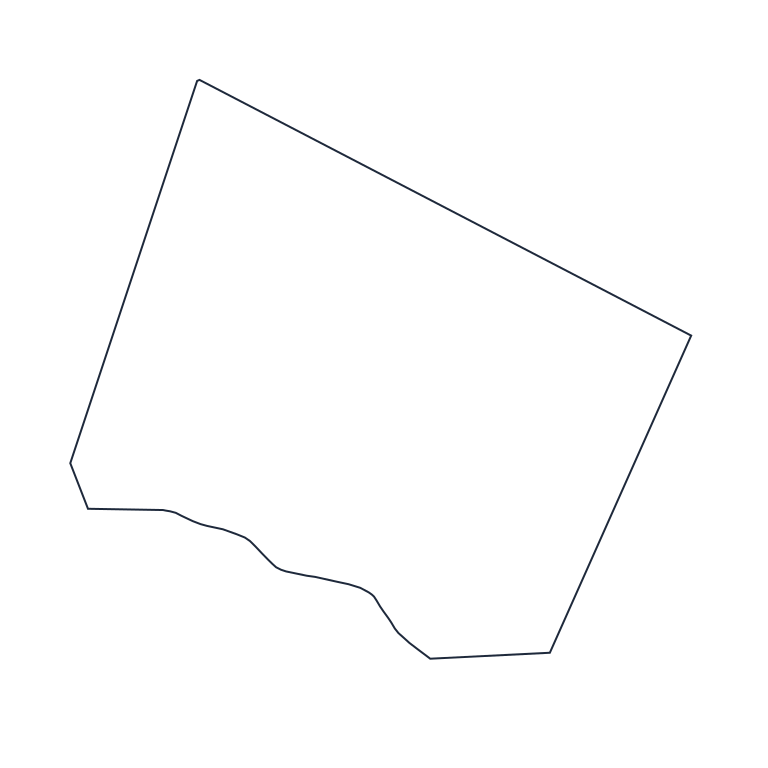 outline of Fond Capeche, Vieux Fort, Saint Lucia, rotated 12°
{"feature_id": "8701671B47563764529661", "entity_name": "Fond Capeche", "entity_type": "district", "adm_level": 2, "iso_a3": "LCA", "parent_name": "Saint Lucia", "parent_adm1": "Vieux Fort", "projection": "robinson", "projection_center": [-60.949, 13.775], "detail": "fine", "context": "isolated", "style": "outline", "palette": "slate", "viewbox_px": 768, "rotation_deg": 12, "n_neighbors": 0, "source": "geoboundaries", "source_scale": "gbopen_adm2", "svg_char_len": 752}
<svg xmlns="http://www.w3.org/2000/svg" viewBox="0 0 768 768"><g transform="rotate(12 384 384)"><path d="M140.3,124.9L139.2,125.7L138.2,126.4L93.6,526.7L120.4,567.6L194.2,553.2L196.8,553.2L201.3,553.0L207.1,553.3L213.2,555.0L219.1,556.4L225.5,557.9L233.7,559.2L240.5,559.6L247.2,559.6L256.6,559.6L271.3,561.6L279.8,563.1L285.6,565.5L292.1,569.7L299.9,575.1L307.1,579.9L312.3,583.2L316.6,585.7L321.9,587.1L327.2,587.7L348.3,587.6L356.7,587.0L379.1,587.2L391.0,587.2L403.1,588.3L412.4,591.0L415.9,592.5L418.4,594.0L421.9,597.5L426.4,602.4L430.8,606.6L436.8,612.0L440.6,615.7L445.4,620.9L450.0,624.7L456.0,628.1L462.7,632.0L472.2,636.5L485.3,642.6L486.3,643.1L602.1,612.4L674.4,272.8L140.3,124.9Z" fill="none" stroke="#1e293b" stroke-width="2"/></g></svg>